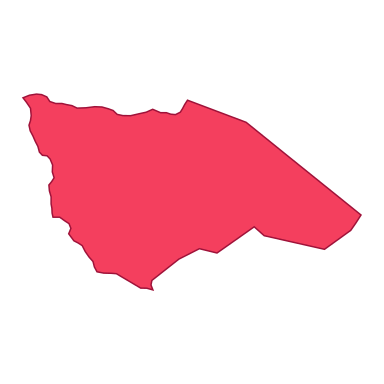 Barrocas, Bahia, Brazil (Robinson projection), rotated 90°
{"feature_id": "56859067B90596370727458", "entity_name": "Barrocas", "entity_type": "district", "adm_level": 2, "iso_a3": "BRA", "parent_name": "Brazil", "parent_adm1": "Bahia", "projection": "robinson", "projection_center": [-39.103, -11.527], "detail": "fine", "context": "isolated", "style": "filled", "palette": "rose", "viewbox_px": 384, "rotation_deg": 90, "n_neighbors": 0, "source": "geoboundaries", "source_scale": "gbopen_adm2", "svg_char_len": 1239}
<svg xmlns="http://www.w3.org/2000/svg" viewBox="0 0 384 384"><g transform="rotate(90 192 192)"><path d="M122.3,137.9L100.2,196.5L104.5,199.3L108.7,201.5L112.2,203.7L114.6,208.5L114.2,213.2L112.7,217.6L112.7,223.4L109.3,231.3L112.2,237.8L113.5,243.8L115.7,253.4L115.6,261.1L114.4,266.8L110.5,270.9L108.8,275.6L107.0,282.0L106.7,289.2L107.8,298.2L108.1,306.9L105.6,312.1L104.6,317.5L103.5,322.0L103.5,328.3L101.5,334.2L96.9,337.2L94.6,342.4L94.1,347.5L95.2,354.5L97.8,361.0L102.2,357.6L108.2,353.5L115.6,352.8L120.6,353.5L125.2,355.0L130.8,353.8L135.9,351.1L141.6,348.6L146.4,346.1L152.1,344.6L155.3,341.6L155.8,336.9L159.0,333.9L165.0,331.4L171.9,331.7L177.8,329.9L181.7,332.4L185.0,335.1L190.9,334.6L196.8,332.9L204.0,332.9L208.3,332.1L213.1,331.9L217.2,331.0L217.2,324.3L220.8,319.3L223.6,315.0L228.4,313.1L233.8,315.3L240.8,310.1L243.0,305.8L245.6,301.8L251.5,298.8L257.1,294.9L261.5,291.0L267.0,289.6L271.8,287.0L273.1,280.3L273.3,272.6L273.7,267.6L276.8,262.4L288.1,243.3L288.2,237.3L289.9,231.1L285.0,233.0L280.4,232.1L259.1,205.1L248.7,184.6L253.0,167.0L247.8,159.6L226.8,129.8L235.7,119.8L249.3,59.5L230.3,33.2L223.1,28.2L215.0,23.0L157.3,94.6L154.4,98.2L122.3,137.9Z" fill="#f43f5e" stroke="#9f1239" stroke-width="1.5"/></g></svg>